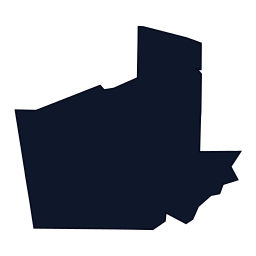 the district of Carroll, Georgia, United States of America
{"feature_id": "52423323B2096739149856", "entity_name": "Carroll", "entity_type": "district", "adm_level": 2, "iso_a3": "USA", "parent_name": "United States of America", "parent_adm1": "Georgia", "projection": "natural_earth1", "projection_center": [-85.033, 33.619], "detail": "fine", "context": "isolated", "style": "filled", "palette": "ink", "viewbox_px": 256, "rotation_deg": 0, "n_neighbors": 0, "source": "geoboundaries", "source_scale": "gbopen_adm2", "svg_char_len": 614}
<svg xmlns="http://www.w3.org/2000/svg" viewBox="0 0 256 256"><path d="M15.4,110.1L21.5,148.2L22.0,151.4L25.2,171.5L25.6,174.4L25.6,174.7L29.7,199.2L34.1,227.9L117.1,228.7L152.8,229.3L165.0,221.0L165.8,212.7L170.4,215.1L186.0,223.4L192.6,219.1L198.2,206.4L210.9,195.2L219.6,193.5L222.9,184.3L237.7,179.7L230.7,166.6L240.6,151.5L235.3,151.7L231.7,151.6L207.5,151.8L199.4,151.8L200.3,117.6L200.7,111.7L201.2,74.0L197.2,69.3L200.9,69.5L201.1,43.3L186.8,38.1L143.2,26.9L138.4,26.7L138.2,43.7L137.6,77.9L113.9,88.4L104.1,90.0L100.1,85.5L36.0,110.6L15.4,110.1Z" fill="#0f172a" stroke="#020617" stroke-width="1.5"/></svg>